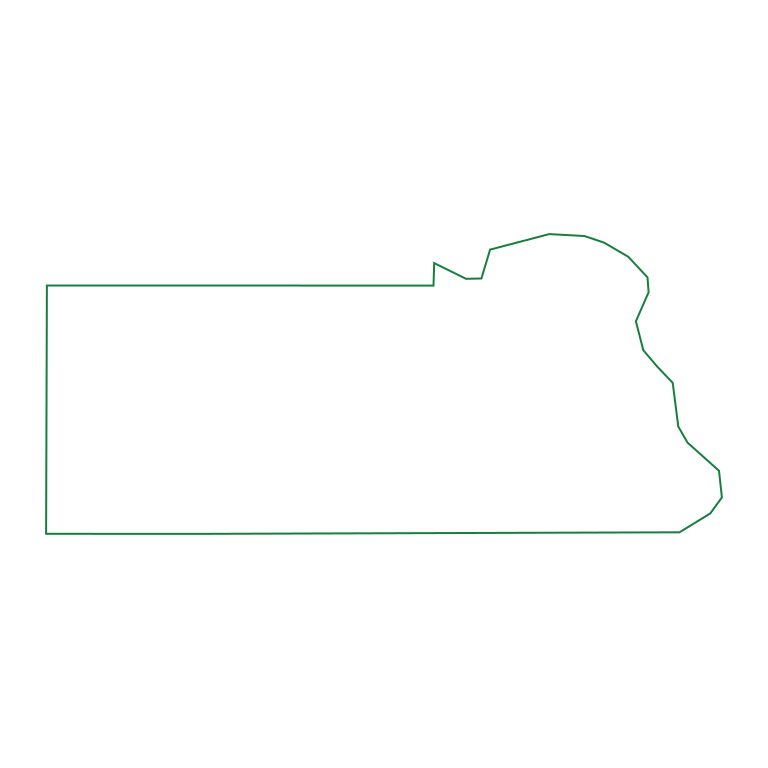 the district of Oliver, North Dakota, United States of America
{"feature_id": "52423323B97337379799338", "entity_name": "Oliver", "entity_type": "district", "adm_level": 2, "iso_a3": "USA", "parent_name": "United States of America", "parent_adm1": "North Dakota", "projection": "robinson", "projection_center": [-101.106, 47.138], "detail": "fine", "context": "isolated", "style": "outline", "palette": "green", "viewbox_px": 768, "rotation_deg": 0, "n_neighbors": 0, "source": "geoboundaries", "source_scale": "gbopen_adm2", "svg_char_len": 425}
<svg xmlns="http://www.w3.org/2000/svg" viewBox="0 0 768 768"><path d="M679.5,532.3L710.3,513.4L721.9,497.4L719.0,470.8L687.5,442.6L678.3,426.6L672.7,382.8L657.2,366.6L643.3,350.2L635.9,321.3L648.6,292.3L647.5,277.4L628.3,256.8L604.0,242.6L584.3,236.0L549.2,234.1L490.1,249.6L481.4,278.5L466.0,278.8L434.2,263.1L433.5,285.6L46.9,285.5L46.1,533.8L190.5,533.9L679.5,532.3Z" fill="none" stroke="#15803d" stroke-width="2"/></svg>